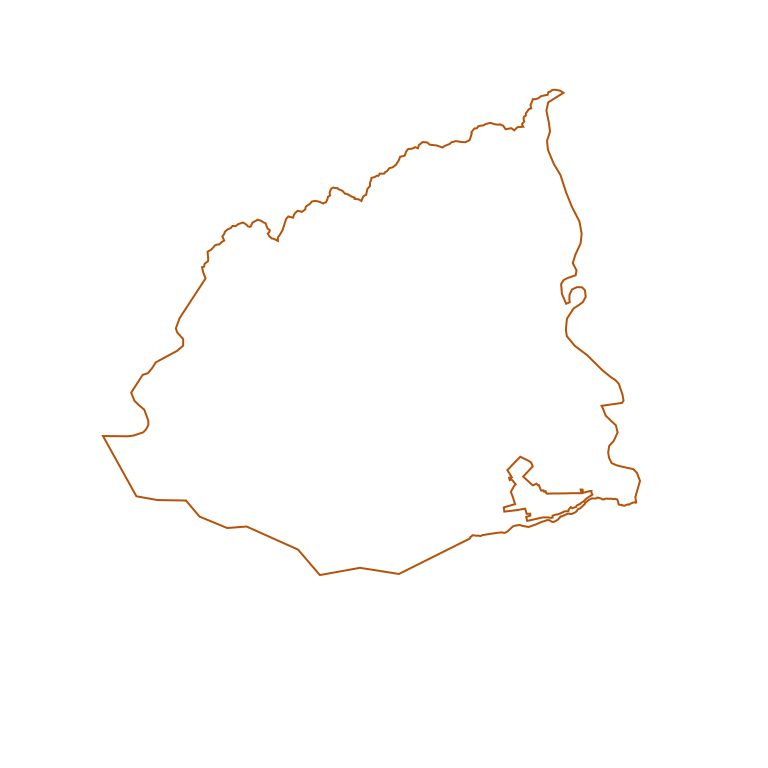 Chuy, Chuy, Kyrgyzstan, rotated 157°
{"feature_id": "92254566B95692459438099", "entity_name": "Chuy", "entity_type": "district", "adm_level": 2, "iso_a3": "KGZ", "parent_name": "Kyrgyzstan", "parent_adm1": "Chuy", "projection": "orthographic", "projection_center": [75.313, 42.647], "detail": "fine", "context": "isolated", "style": "outline", "palette": "amber", "viewbox_px": 768, "rotation_deg": 157, "n_neighbors": 0, "source": "geoboundaries", "source_scale": "gbopen_adm2", "svg_char_len": 6167}
<svg xmlns="http://www.w3.org/2000/svg" viewBox="0 0 768 768"><g transform="rotate(157 384 384)"><path d="M105.0,581.9L107.2,585.1L110.8,587.6L113.2,588.7L115.2,588.8L116.7,588.1L118.7,588.4L120.3,586.3L126.9,587.6L130.7,586.7L133.7,587.1L135.8,588.1L136.6,586.9L140.2,583.5L140.8,580.2L143.1,580.4L147.8,577.6L148.6,575.6L150.5,575.5L151.7,574.0L152.1,572.8L152.3,570.9L155.3,569.4L155.5,568.6L155.3,566.4L160.6,568.2L162.3,567.7L165.0,566.6L166.8,569.7L172.5,571.0L173.4,575.3L173.8,575.5L175.8,577.8L177.0,577.8L180.6,579.8L181.2,580.4L183.7,582.5L185.3,583.1L188.1,583.4L189.4,583.6L191.3,583.1L193.6,583.9L196.7,584.4L197.4,583.8L198.7,583.1L201.0,583.9L205.2,581.6L205.4,580.2L209.9,575.0L214.7,574.8L218.2,576.5L219.8,577.6L223.0,579.5L227.5,580.1L229.7,579.3L235.4,579.4L237.7,578.8L242.3,583.0L248.4,586.4L249.8,589.4L253.8,591.6L258.5,590.3L260.7,587.8L262.9,589.9L264.7,589.6L267.3,589.9L269.6,590.9L270.3,590.7L272.8,589.3L275.7,586.1L278.5,586.5L280.3,586.9L283.1,584.0L286.1,582.1L286.9,581.2L291.2,580.1L294.9,580.6L297.1,579.2L298.2,578.7L300.5,578.5L301.3,577.6L303.3,578.2L305.7,579.3L307.8,577.8L309.1,578.5L312.0,578.1L314.9,578.7L316.4,576.5L318.1,574.9L319.6,571.7L323.0,570.1L326.6,565.1L328.2,565.2L330.1,564.4L333.3,561.3L335.1,563.8L338.8,566.0L338.2,567.0L340.9,569.5L343.4,573.0L345.6,574.5L346.6,577.7L347.5,578.9L349.9,581.2L350.1,582.3L352.7,583.7L354.1,584.7L356.2,584.4L357.8,583.1L359.3,581.3L360.0,578.6L362.3,578.3L364.1,576.0L366.4,573.9L368.5,574.1L369.4,573.9L372.2,576.9L375.4,579.3L379.0,580.2L382.1,578.7L386.0,578.0L387.1,577.3L388.3,575.5L392.4,574.5L393.6,575.6L395.9,577.2L399.1,576.0L400.6,575.1L402.7,572.6L406.6,575.6L409.6,574.2L417.5,565.0L421.8,561.9L423.8,560.8L424.9,559.5L425.7,557.2L428.7,560.7L430.6,562.0L430.9,563.1L431.9,564.8L432.2,567.9L429.9,568.9L429.0,570.3L430.5,572.7L430.2,578.3L431.8,579.9L433.2,582.0L435.8,584.5L438.7,584.3L442.0,583.9L443.6,582.6L445.2,580.9L446.3,581.2L447.7,582.3L448.4,584.5L450.7,587.8L455.5,588.1L459.0,587.3L461.7,588.7L464.2,587.4L467.8,587.4L471.0,586.3L472.6,584.4L475.1,583.1L475.1,578.4L477.7,578.2L481.3,576.8L482.9,577.5L485.4,577.7L487.6,576.5L490.6,575.2L494.7,574.7L497.0,567.6L498.1,565.8L502.0,564.8L503.8,562.4L505.9,562.6L506.8,557.3L507.0,550.9L546.4,524.5L553.9,516.5L554.2,512.2L551.3,503.9L553.9,497.8L561.2,495.4L585.7,493.1L591.2,489.2L597.2,486.2L602.6,486.7L620.1,474.8L620.3,466.1L617.6,459.7L614.7,454.0L615.3,442.4L616.8,438.6L620.2,435.5L624.4,433.6L634.8,434.4L640.6,436.1L663.0,445.9L655.8,377.4L637.9,365.7L611.8,354.1L605.6,334.0L584.6,312.7L566.2,306.5L527.8,265.1L517.7,233.2L478.0,224.2L444.5,203.3L365.6,208.2L364.9,208.5L364.3,209.4L363.0,209.6L361.7,210.2L361.4,210.1L357.6,207.9L356.2,207.6L355.7,207.0L354.5,206.3L352.3,206.4L344.2,204.4L337.8,202.7L333.7,201.5L333.0,200.9L332.1,200.4L331.5,200.0L331.3,199.9L330.0,199.8L329.1,199.9L327.8,200.0L322.6,202.0L321.0,202.5L320.2,202.5L318.9,202.4L314.4,201.3L313.8,201.0L312.3,199.5L306.8,195.9L298.9,195.4L296.2,195.4L293.4,195.5L288.0,195.0L287.2,195.0L284.9,194.0L284.7,193.7L284.0,192.5L283.4,191.7L282.3,190.9L281.0,190.7L278.2,191.0L277.0,191.2L276.2,191.5L275.0,192.2L274.0,192.4L273.8,192.7L273.6,193.0L273.3,193.1L272.9,193.1L271.8,192.6L270.7,192.6L267.9,192.8L265.3,192.7L264.3,192.4L262.8,191.3L262.0,191.1L260.2,191.0L258.7,191.2L257.5,191.2L257.1,191.4L255.8,191.9L255.5,192.2L255.0,192.7L254.4,192.9L253.4,192.9L252.3,192.8L248.4,194.2L247.4,194.7L247.0,194.6L246.4,194.8L245.9,195.2L245.6,195.5L245.5,196.0L243.6,196.4L242.1,196.9L239.7,197.4L237.3,197.5L237.2,197.3L236.3,197.0L234.6,196.2L233.4,195.7L232.2,196.1L230.6,195.3L229.5,194.1L228.8,193.7L228.3,192.8L228.0,192.4L226.5,191.8L226.2,192.0L225.1,191.9L222.8,191.1L222.7,190.9L221.9,190.4L220.3,190.0L219.2,189.4L218.9,189.1L218.7,188.8L218.1,188.5L217.7,188.5L215.9,187.8L215.2,187.2L214.8,187.0L214.6,186.7L214.4,185.9L214.5,185.1L214.6,184.4L214.6,183.2L215.1,182.1L214.9,181.2L214.7,181.0L212.7,180.0L212.5,179.5L212.0,179.0L211.6,179.1L210.6,178.1L209.5,178.0L208.0,178.0L207.3,178.1L206.3,177.7L205.7,177.2L205.1,177.3L204.3,177.5L203.4,177.5L202.3,177.6L201.3,177.5L200.4,177.4L199.4,177.2L199.0,176.5L198.2,176.4L196.8,181.7L186.2,194.8L185.9,203.4L187.7,208.2L196.7,214.5L201.8,218.4L205.4,222.3L205.7,228.0L204.4,233.4L200.8,239.1L194.8,241.8L187.9,248.1L186.7,255.3L188.8,260.1L192.3,268.3L192.1,272.7L192.1,277.5L192.2,278.9L183.9,276.7L172.3,273.6L170.0,275.1L168.6,281.2L167.8,292.3L169.4,297.1L172.6,301.9L177.6,311.3L185.7,331.1L193.5,344.6L197.0,356.4L195.5,362.7L190.1,372.6L179.9,379.5L173.3,380.6L168.8,381.8L164.3,385.4L162.4,391.7L163.9,395.6L168.7,397.8L174.1,397.5L178.4,393.6L180.2,389.7L181.1,386.7L185.0,386.7L185.0,397.5L181.9,406.8L178.0,409.5L173.8,409.8L169.0,409.5L165.1,409.2L162.4,413.4L163.0,421.5L157.2,428.4L148.2,436.5L143.4,444.9L140.6,457.2L141.8,473.7L141.5,489.4L139.9,507.4L141.7,520.1L141.6,535.5L138.9,544.2L132.6,551.4L130.1,560.1L127.7,572.2L122.8,579.1L105.0,581.9ZM234.9,204.5L235.3,204.0L235.4,203.7L235.4,200.7L242.0,199.6L246.1,198.0L249.6,197.4L249.9,197.0L251.7,197.0L254.0,196.8L255.2,195.8L259.3,196.2L260.1,197.7L263.2,196.2L263.6,195.2L264.7,195.0L266.8,196.0L268.7,196.3L269.1,195.9L270.7,196.1L272.9,196.0L275.3,196.1L277.1,196.7L280.3,196.9L280.7,196.2L281.0,195.2L282.4,195.4L285.5,197.3L288.8,198.7L289.7,199.0L290.6,199.3L299.0,200.8L302.6,201.4L305.7,202.1L305.0,206.1L300.8,205.7L300.1,207.5L303.4,208.7L303.1,211.4L302.8,214.1L311.7,216.2L323.1,219.5L322.0,223.6L310.3,222.2L309.6,229.2L309.4,235.1L306.3,237.6L303.8,239.4L302.0,240.1L302.7,242.7L303.9,246.4L305.8,246.4L305.5,248.8L302.8,248.3L304.1,256.5L299.1,258.7L287.0,263.8L281.0,256.9L279.3,254.3L279.2,250.1L292.1,244.4L286.7,232.6L282.5,232.6L281.8,230.6L281.0,230.5L281.0,227.4L281.0,225.8L281.0,224.4L280.6,224.2L278.7,223.8L278.7,223.1L278.8,223.1L278.8,222.5L278.7,222.2L277.2,222.2L277.2,221.1L277.1,220.1L277.2,219.9L276.9,219.5L276.6,219.3L276.5,219.1L275.9,219.0L274.7,218.6L270.8,217.0L263.8,214.1L259.7,212.4L254.3,210.3L244.9,206.3L244.2,210.0L242.5,209.2L243.3,206.0L239.7,205.5L237.0,205.1L236.1,205.0L234.9,204.5Z" fill="none" stroke="#b45309" stroke-width="2"/></g></svg>